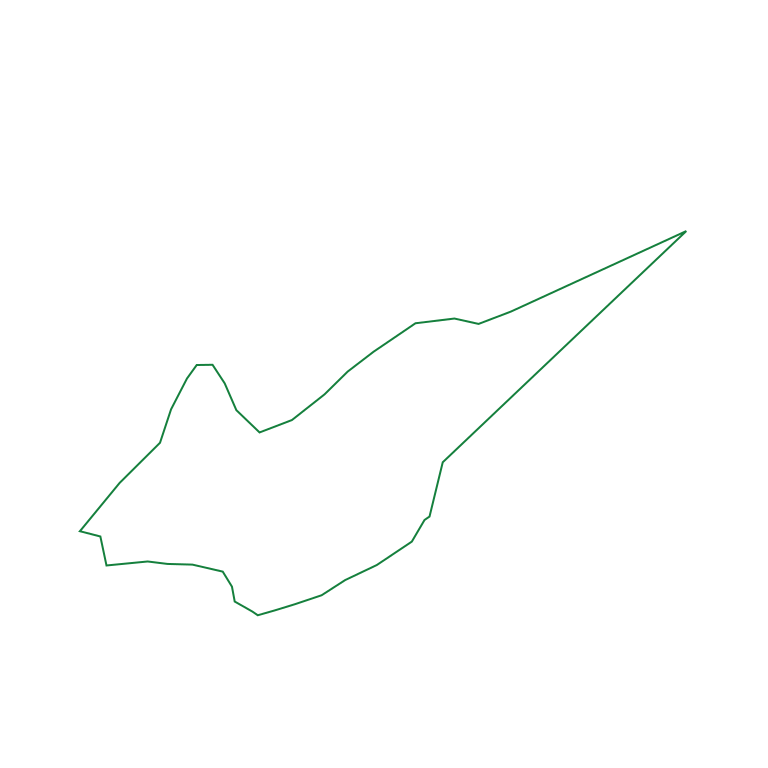 Gullspång, Västra Götaland, Sweden (Robinson projection), rotated 139°
{"feature_id": "70781695B77814656475649", "entity_name": "Gullspång", "entity_type": "district", "adm_level": 2, "iso_a3": "SWE", "parent_name": "Sweden", "parent_adm1": "Västra Götaland", "projection": "robinson", "projection_center": [14.167, 58.943], "detail": "fine", "context": "isolated", "style": "outline", "palette": "green", "viewbox_px": 768, "rotation_deg": 139, "n_neighbors": 0, "source": "geoboundaries", "source_scale": "gbopen_adm2", "svg_char_len": 644}
<svg xmlns="http://www.w3.org/2000/svg" viewBox="0 0 768 768"><g transform="rotate(139 384 384)"><path d="M55.5,301.1L240.7,355.4L273.2,367.3L287.9,387.2L320.4,409.2L370.7,415.2L403.2,417.2L435.7,415.2L477.1,417.2L509.7,429.1L512.6,461.1L503.8,489.0L500.8,511.0L512.9,521.2L529.1,517.4L561.3,504.6L591.6,486.6L648.4,482.8L710.1,472.4L698.1,455.0L712.5,429.1L678.8,405.1L665.4,390.2L647.1,373.4L628.8,348.2L631.7,330.8L638.6,319.1L639.4,317.8L632.6,298.5L631.0,292.3L615.2,284.9L595.6,276.2L569.7,265.5L541.9,261.5L508.2,252.1L466.4,246.8L442.6,254.8L436.6,254.1L391.0,286.4L55.5,301.1Z" fill="none" stroke="#15803d" stroke-width="2"/></g></svg>